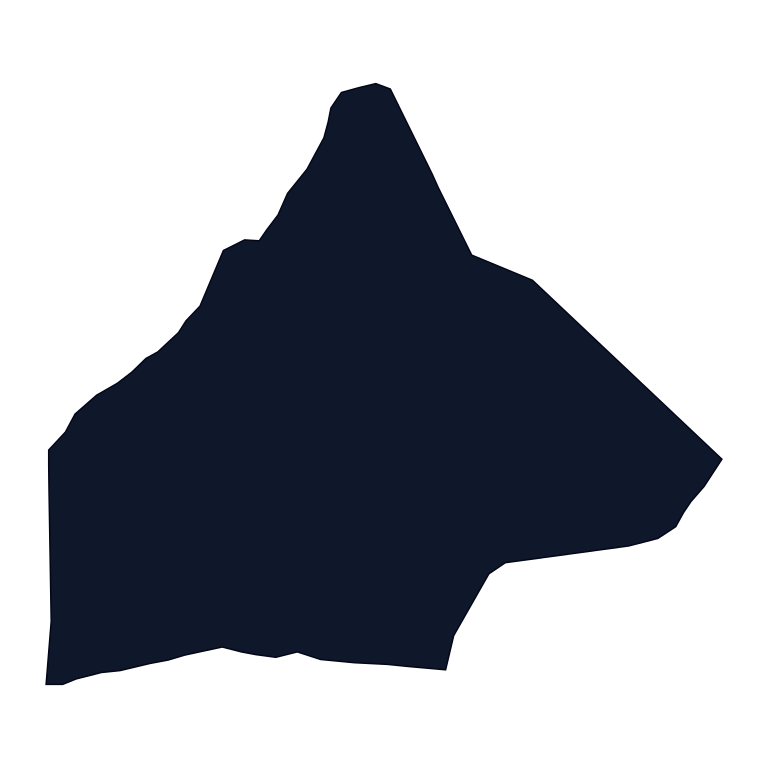 Marcolândia, Piauí, Brazil
{"feature_id": "56859067B6575559229154", "entity_name": "Marcolândia", "entity_type": "district", "adm_level": 2, "iso_a3": "BRA", "parent_name": "Brazil", "parent_adm1": "Piauí", "projection": "orthographic", "projection_center": [-40.748, -7.416], "detail": "fine", "context": "isolated", "style": "filled", "palette": "ink", "viewbox_px": 768, "rotation_deg": 0, "n_neighbors": 0, "source": "geoboundaries", "source_scale": "gbopen_adm2", "svg_char_len": 849}
<svg xmlns="http://www.w3.org/2000/svg" viewBox="0 0 768 768"><path d="M390.3,89.0L375.8,83.6L359.1,87.6L341.4,92.5L330.9,108.0L328.2,121.8L323.9,137.8L307.0,169.2L287.6,193.3L278.0,215.0L266.9,229.6L259.2,240.8L244.6,239.9L223.4,250.5L200.0,306.1L186.1,320.7L178.5,332.6L157.8,351.9L146.0,358.4L131.8,372.2L117.3,383.3L96.6,395.2L75.1,414.0L65.4,432.1L48.7,450.0L48.7,465.4L49.0,489.8L51.2,621.3L46.1,684.4L62.7,684.4L75.9,679.0L101.4,672.5L120.0,670.6L149.8,663.5L168.3,660.0L184.7,655.1L222.1,647.0L241.4,651.9L255.7,654.6L275.8,657.3L297.3,651.9L320.7,659.5L354.3,662.7L387.6,664.4L408.3,666.5L445.6,669.8L453.7,635.6L488.9,573.8L505.3,562.7L628.9,545.9L657.9,538.4L675.7,526.7L683.5,512.6L691.0,501.5L704.2,486.3L721.9,459.2L532.5,280.3L471.7,255.1L438.4,187.9L432.2,174.1L390.3,89.0Z" fill="#0f172a" stroke="#020617" stroke-width="1.5"/></svg>